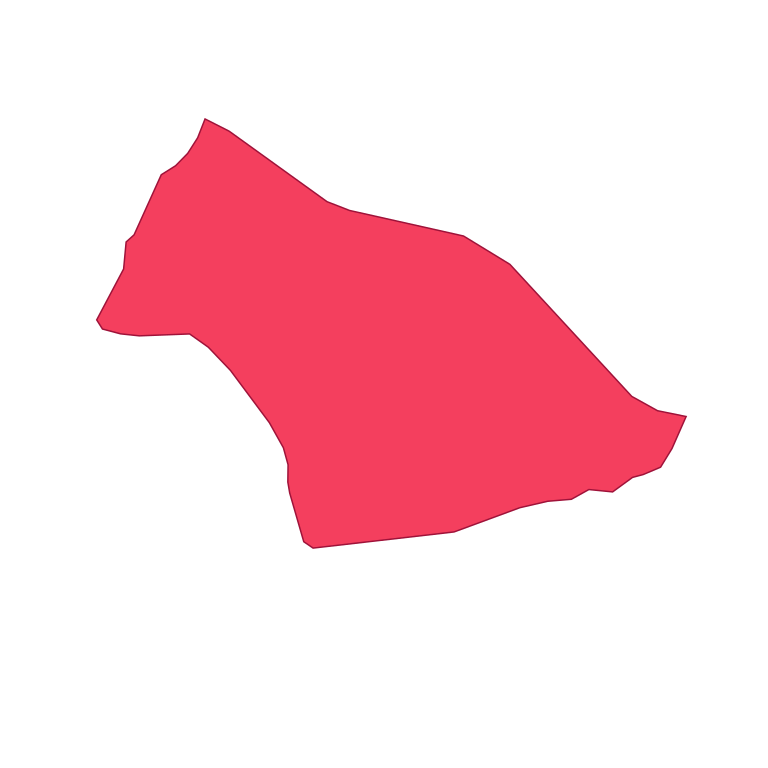 Kranjska Gora, orthographic projection, rotated 22°
{"feature_id": "SVN-1014", "entity_name": "Kranjska Gora", "entity_type": "Municipality", "adm_level": 1, "iso_a3": "SVN", "parent_name": "Slovenia", "parent_adm1": "", "projection": "orthographic", "projection_center": [13.827, 46.45], "detail": "fine", "context": "isolated", "style": "filled", "palette": "rose", "viewbox_px": 768, "rotation_deg": 22, "n_neighbors": 0, "source": "natural_earth", "source_scale": "10m", "svg_char_len": 656}
<svg xmlns="http://www.w3.org/2000/svg" viewBox="0 0 768 768"><g transform="rotate(22 384 384)"><path d="M91.7,348.9L96.4,339.3L99.1,273.4L109.0,259.7L115.6,243.7L119.0,225.5L118.8,205.3L145.7,207.6L262.9,236.3L287.1,236.0L402.3,217.0L455.9,225.9L618.4,302.7L647.6,306.3L676.3,301.0L675.2,336.0L671.6,357.5L658.2,370.9L649.4,377.5L636.4,398.4L613.5,405.1L600.9,420.7L579.7,431.4L556.3,447.8L504.4,494.9L379.7,562.7L368.7,560.3L337.4,520.4L331.6,511.0L325.3,494.8L314.6,480.8L292.2,462.8L236.5,428.9L207.3,415.7L185.0,410.4L139.1,431.0L120.9,436.2L102.4,438.5L93.6,432.2L99.5,374.9L91.7,348.9Z" fill="#f43f5e" stroke="#9f1239" stroke-width="1.5"/></g></svg>